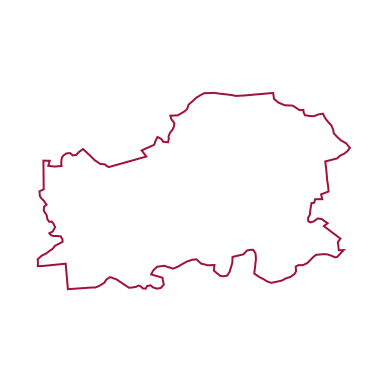 the district of Kuala Lumpur, Kuala Lumpur, Malaysia, rotated 85°
{"feature_id": "92858781B79427410842699", "entity_name": "Kuala Lumpur", "entity_type": "district", "adm_level": 2, "iso_a3": "MYS", "parent_name": "Malaysia", "parent_adm1": "Kuala Lumpur", "projection": "robinson", "projection_center": [101.697, 3.14], "detail": "fine", "context": "isolated", "style": "outline", "palette": "rose", "viewbox_px": 384, "rotation_deg": 85, "n_neighbors": 0, "source": "geoboundaries", "source_scale": "gbopen_adm2", "svg_char_len": 2777}
<svg xmlns="http://www.w3.org/2000/svg" viewBox="0 0 384 384"><g transform="rotate(85 192 192)"><path d="M252.4,353.1L252.7,347.2L252.4,324.1L278.0,324.1L278.4,300.5L278.7,296.5L277.4,292.5L276.1,289.9L274.8,287.3L271.9,285.1L269.6,281.1L272.5,274.8L281.9,263.1L281.9,259.8L281.6,256.1L280.6,253.5L281.3,251.7L283.9,249.1L284.2,246.5L281.9,245.1L281.3,241.4L283.6,239.2L285.2,235.5L284.9,231.5L281.9,228.2L279.0,228.5L274.8,228.9L270.6,239.9L266.7,237.4L263.4,233.3L263.1,226.0L263.8,224.5L266.7,217.5L265.1,212.4L262.8,207.6L260.8,203.2L259.5,197.3L259.5,193.3L264.1,189.2L266.4,182.6L266.7,176.0L272.2,177.1L274.8,174.5L278.0,171.2L278.7,167.9L278.4,164.3L278.0,164.0L275.1,161.7L269.9,159.5L266.0,158.0L260.2,157.3L258.6,146.3L255.0,142.2L254.7,138.9L255.0,136.0L258.6,134.1L264.1,134.1L268.0,134.9L278.7,137.1L282.6,132.3L284.9,128.6L287.8,124.6L289.4,120.9L289.1,118.0L288.1,110.3L286.2,105.9L285.2,101.4L282.6,97.0L280.0,95.2L275.4,95.2L274.1,92.3L274.5,87.9L272.9,83.4L269.9,79.8L267.3,76.8L265.4,73.9L265.4,71.0L265.4,65.8L266.0,62.5L267.7,58.5L269.6,55.2L269.3,53.0L267.3,50.8L263.1,46.0L262.8,50.8L254.7,51.1L251.4,48.2L237.5,63.6L234.9,59.6L232.9,62.1L230.3,65.1L229.3,68.8L230.6,71.3L231.9,73.2L232.6,76.5L231.3,78.7L228.0,78.7L224.8,76.5L220.2,75.7L213.4,73.9L213.4,71.3L209.9,69.9L210.5,62.9L205.6,63.6L203.4,55.9L197.8,55.9L192.7,56.3L188.1,56.3L181.6,56.3L173.2,56.6L171.2,44.5L168.6,41.2L167.0,36.8L164.7,33.5L161.8,30.9L156.9,34.2L153.7,39.0L150.1,42.3L145.9,45.6L142.0,46.0L137.8,47.4L133.9,50.4L130.6,52.6L125.4,54.8L125.8,59.9L127.1,63.6L126.7,67.3L125.4,72.8L122.2,73.9L119.9,73.9L119.9,77.6L114.7,84.2L113.7,91.9L110.5,98.1L106.3,102.2L100.4,102.5L100.4,120.5L100.4,131.6L100.1,140.0L99.1,143.3L98.2,147.0L97.2,152.1L96.2,156.9L95.2,161.0L94.9,167.2L94.6,171.2L96.5,175.6L98.5,179.7L101.7,183.7L104.7,187.8L108.9,189.6L111.1,192.5L114.4,199.5L114.1,206.9L118.0,206.1L120.6,204.3L122.2,203.6L125.1,204.3L128.4,206.1L131.0,208.7L134.5,210.5L137.1,210.5L140.4,211.6L139.4,216.4L136.5,217.9L134.2,221.6L137.8,223.8L141.7,225.6L146.2,238.5L152.7,234.4L159.9,272.6L158.6,274.8L156.9,276.3L156.0,281.1L151.4,286.6L146.9,290.3L139.7,296.9L142.6,301.6L144.9,303.9L145.2,307.5L142.6,310.1L142.6,313.8L144.3,316.7L146.2,318.5L148.8,319.3L151.4,319.7L154.7,319.7L154.7,323.0L154.7,326.6L153.4,332.9L148.5,331.0L147.8,337.3L176.4,339.5L178.0,343.9L182.9,343.9L184.9,342.8L188.1,340.2L192.0,338.0L193.6,340.6L197.8,341.3L202.4,338.8L206.6,338.4L209.2,336.9L209.2,334.3L211.2,332.9L215.1,331.4L219.3,334.3L220.6,337.7L222.8,336.2L223.8,333.6L224.1,329.9L224.8,326.6L227.7,325.2L230.3,325.2L231.9,328.8L233.6,333.2L236.5,335.8L238.1,338.8L240.4,342.4L242.3,347.2L245.6,351.6L248.8,351.6L252.4,352.0L252.4,353.1Z" fill="none" stroke="#9f1239" stroke-width="2"/></g></svg>